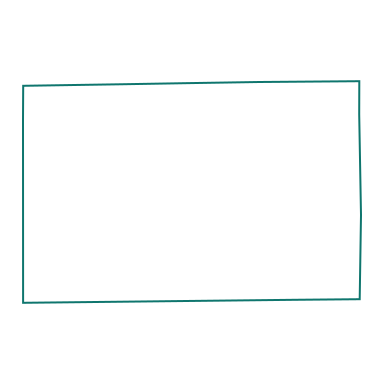 Tipton, Indiana, United States of America (Equal Earth projection)
{"feature_id": "52423323B43901901323183", "entity_name": "Tipton", "entity_type": "district", "adm_level": 2, "iso_a3": "USA", "parent_name": "United States of America", "parent_adm1": "Indiana", "projection": "equal_earth", "projection_center": [-86.011, 40.311], "detail": "fine", "context": "isolated", "style": "outline", "palette": "teal", "viewbox_px": 384, "rotation_deg": 0, "n_neighbors": 0, "source": "geoboundaries", "source_scale": "gbopen_adm2", "svg_char_len": 263}
<svg xmlns="http://www.w3.org/2000/svg" viewBox="0 0 384 384"><path d="M359.7,299.2L361.0,215.0L359.2,114.3L359.3,81.2L259.2,82.0L184.1,83.2L125.4,84.2L23.2,85.8L23.0,119.7L23.1,302.8L294.6,299.8L359.7,299.2Z" fill="none" stroke="#0f766e" stroke-width="2"/></svg>